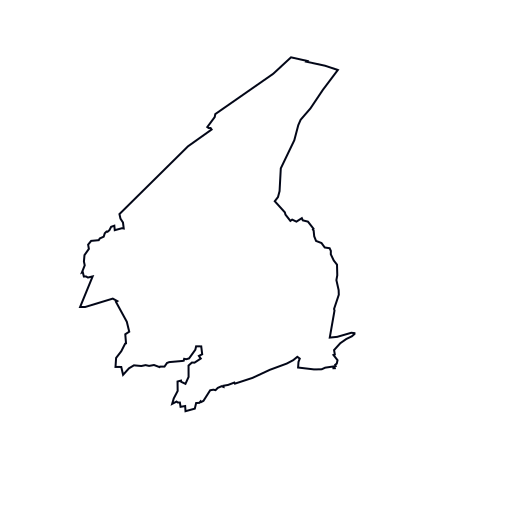 the district of Clondalkin Lea-7, South Dublin, Ireland, rotated 322°
{"feature_id": "5873133B52619752343390", "entity_name": "Clondalkin Lea-7", "entity_type": "district", "adm_level": 2, "iso_a3": "IRL", "parent_name": "Ireland", "parent_adm1": "South Dublin", "projection": "equal_earth", "projection_center": [-6.483, 53.28], "detail": "fine", "context": "isolated", "style": "outline", "palette": "ink", "viewbox_px": 512, "rotation_deg": 322, "n_neighbors": 0, "source": "geoboundaries", "source_scale": "gbopen_adm2", "svg_char_len": 2277}
<svg xmlns="http://www.w3.org/2000/svg" viewBox="0 0 512 512"><g transform="rotate(322 256 256)"><path d="M435.0,159.8L427.5,148.5L415.4,134.0L416.5,133.9L405.9,121.0L381.8,123.0L311.3,119.1L309.0,121.1L297.0,124.4L297.5,126.1L299.0,127.2L298.9,129.0L269.9,127.7L174.2,138.9L172.2,143.1L171.8,147.7L168.7,152.9L167.5,151.6L160.6,148.7L163.0,144.9L159.8,143.8L156.4,145.4L153.9,145.5L153.3,144.7L150.8,145.0L147.9,147.0L143.7,146.0L141.8,146.7L135.4,142.6L130.7,143.7L128.7,147.5L121.4,149.7L117.0,154.4L115.3,157.9L108.7,161.8L109.6,162.0L107.7,166.2L109.4,167.4L110.3,169.5L114.7,171.5L86.0,187.9L90.0,191.0L116.9,201.4L118.9,206.1L117.4,205.9L113.7,228.3L109.5,237.6L104.8,237.2L99.8,244.8L98.9,244.5L91.2,248.1L83.0,250.2L77.0,256.9L81.5,260.5L78.1,267.8L86.8,266.3L92.5,267.0L97.9,272.1L101.8,274.0L104.1,276.8L108.5,279.1L111.6,284.2L112.3,284.1L115.8,286.8L120.0,285.5L122.3,286.2L133.4,293.4L134.6,294.0L136.1,292.8L137.5,294.4L140.2,295.5L150.5,292.5L153.2,290.3L157.2,293.5L153.1,300.3L149.5,299.6L149.3,302.8L141.9,302.2L139.9,300.5L135.4,300.8L128.4,309.8L121.7,313.3L119.6,309.1L120.2,308.0L116.9,306.6L111.2,314.1L103.5,317.6L98.9,320.9L103.8,321.8L104.1,323.2L105.8,324.6L103.7,328.4L107.8,330.6L104.9,334.9L113.8,338.6L118.3,335.0L120.9,336.8L122.9,336.4L122.8,337.3L125.4,337.8L137.2,333.6L140.1,335.1L141.5,336.8L144.7,336.4L148.7,337.4L149.8,339.2L150.5,338.2L154.6,340.4L161.0,342.4L160.8,343.6L178.2,349.9L196.8,354.2L214.0,359.7L221.2,361.0L226.5,360.9L227.3,363.8L224.3,365.6L220.5,369.8L232.0,381.2L238.0,385.7L241.8,386.6L248.8,390.6L247.9,392.1L249.0,392.9L249.7,391.3L251.0,391.8L251.4,390.5L253.4,390.5L256.1,388.3L256.1,381.7L257.5,382.1L259.6,378.2L268.8,376.6L276.1,377.0L282.1,378.3L285.6,378.1L286.1,377.4L283.9,375.2L270.2,369.7L263.9,365.7L284.3,347.3L284.9,345.8L297.4,337.5L300.1,333.8L304.5,324.5L308.2,321.2L314.5,312.7L314.5,307.4L316.0,300.7L318.1,298.1L318.8,295.2L315.4,291.6L315.6,286.1L312.6,281.1L314.0,276.3L317.1,271.4L317.1,270.2L318.1,269.9L318.1,260.9L314.8,256.7L315.4,254.4L309.0,253.8L306.9,249.6L304.7,249.5L304.7,241.5L305.6,239.4L304.5,224.4L309.6,223.1L314.5,219.4L329.5,202.2L349.3,192.4L357.4,188.4L369.9,178.9L375.1,176.1L389.8,173.2L411.1,166.2L435.0,159.8Z" fill="none" stroke="#020617" stroke-width="2"/></g></svg>